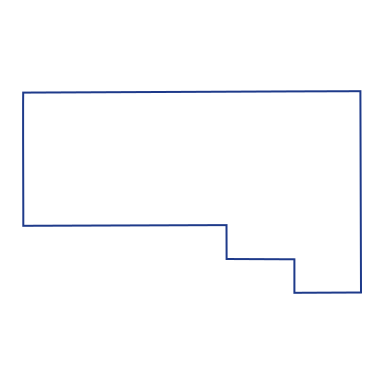 outline of Defiance, Ohio, United States of America
{"feature_id": "52423323B79040942886335", "entity_name": "Defiance", "entity_type": "district", "adm_level": 2, "iso_a3": "USA", "parent_name": "United States of America", "parent_adm1": "Ohio", "projection": "equal_earth", "projection_center": [-84.614, 41.297], "detail": "fine", "context": "isolated", "style": "outline", "palette": "blue", "viewbox_px": 384, "rotation_deg": 0, "n_neighbors": 0, "source": "geoboundaries", "source_scale": "gbopen_adm2", "svg_char_len": 284}
<svg xmlns="http://www.w3.org/2000/svg" viewBox="0 0 384 384"><path d="M23.2,92.6L23.1,103.6L23.1,106.2L23.1,137.2L23.3,211.5L23.3,225.8L226.5,225.1L226.6,259.0L294.4,259.3L294.4,292.8L361.0,292.5L360.4,91.2L294.1,91.4L23.2,92.6Z" fill="none" stroke="#1e3a8a" stroke-width="2"/></svg>